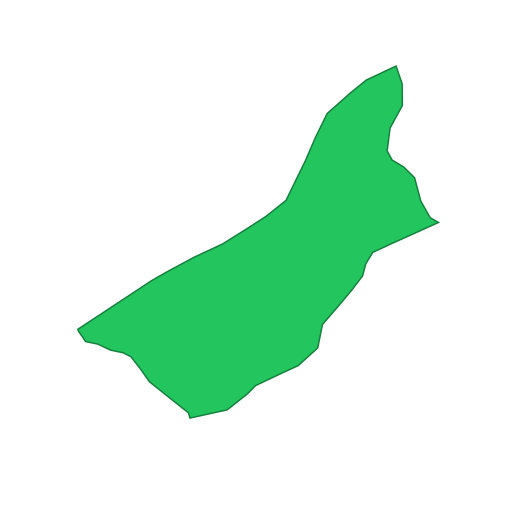 an SVG outline of Sabha, rotated 162°
{"feature_id": "LBY-2971", "entity_name": "Sabha", "entity_type": "Municipality", "adm_level": 1, "iso_a3": "LBY", "parent_name": "Libya", "parent_adm1": "", "projection": "mercator", "projection_center": [14.98, 26.993], "detail": "fine", "context": "isolated", "style": "filled", "palette": "green", "viewbox_px": 512, "rotation_deg": 162, "n_neighbors": 0, "source": "natural_earth", "source_scale": "10m", "svg_char_len": 770}
<svg xmlns="http://www.w3.org/2000/svg" viewBox="0 0 512 512"><g transform="rotate(162 256 256)"><path d="M368.9,122.3L368.7,127.7L380.6,145.6L396.2,169.3L400.9,184.6L406.1,198.9L412.4,205.1L423.3,211.3L433.7,221.1L444.5,227.3L448.2,239.8L448.0,241.4L363.1,264.8L346.0,268.4L315.0,274.0L284.1,277.8L254.9,285.1L234.3,290.6L210.3,299.6L196.8,313.6L179.8,331.1L162.9,350.3L144.3,369.5L115.4,382.1L96.6,389.3L64.1,393.4L64.1,393.1L63.8,374.6L70.3,353.9L88.9,336.3L98.8,315.5L96.9,305.2L88.1,295.1L81.0,281.5L82.3,257.4L78.5,238.6L72.1,231.5L126.6,225.5L143.8,223.4L154.0,214.6L160.8,204.1L176.2,193.5L193.3,182.8L213.9,170.4L225.7,149.5L249.8,138.7L267.0,136.7L296.4,132.9L306.8,127.5L330.9,118.6L368.9,122.3Z" fill="#22c55e" stroke="#15803d" stroke-width="1.5"/></g></svg>